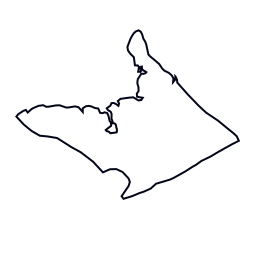 outline of Ngerkesowaol, Palau, rotated 138°
{"feature_id": "81905179B86075584623295", "entity_name": "Ngerkesowaol", "entity_type": "district", "adm_level": 2, "iso_a3": "PLW", "parent_name": "Palau", "parent_adm1": "", "projection": "albers", "projection_center": [134.492, 7.341], "detail": "fine", "context": "isolated", "style": "outline", "palette": "ink", "viewbox_px": 256, "rotation_deg": 138, "n_neighbors": 0, "source": "geoboundaries", "source_scale": "gbopen_adm2", "svg_char_len": 2171}
<svg xmlns="http://www.w3.org/2000/svg" viewBox="0 0 256 256"><g transform="rotate(138 128 128)"><path d="M54.2,44.3L52.7,49.1L53.2,54.1L54.5,62.0L56.1,72.9L59.7,87.3L60.6,97.7L61.1,112.8L61.0,128.8L59.4,130.9L58.3,134.3L58.3,134.7L60.3,132.4L63.8,131.9L61.1,134.4L60.3,137.6L60.7,141.5L62.6,146.3L62.8,149.3L62.0,154.6L63.0,162.4L63.6,166.0L63.7,168.9L58.6,177.8L57.5,180.5L56.8,184.1L54.8,188.2L54.1,191.2L54.8,193.5L57.8,194.6L60.3,194.5L63.5,193.7L66.7,192.5L74.1,188.7L76.1,185.7L76.6,181.8L76.3,176.7L80.9,169.9L78.9,167.9L79.0,166.0L82.8,163.0L81.4,161.6L80.5,161.6L79.4,162.5L79.1,164.3L77.6,164.9L76.6,164.4L77.9,162.7L78.2,160.7L77.4,158.9L77.0,157.2L77.9,157.0L79.2,157.4L80.2,157.8L81.1,158.8L81.7,159.5L88.0,157.7L89.6,156.5L91.3,154.7L92.9,151.3L95.4,148.4L98.5,147.6L100.3,145.2L98.5,142.7L96.8,140.6L99.4,139.9L101.8,141.5L103.5,147.2L106.7,149.7L114.1,154.7L117.6,154.8L118.2,152.2L120.3,150.9L120.9,153.9L122.0,156.3L123.6,157.5L126.2,156.4L130.6,156.9L130.9,154.7L130.0,151.7L130.8,149.4L133.9,146.1L134.3,145.5L134.6,144.3L135.4,142.8L136.0,141.6L135.0,140.5L134.7,138.9L135.5,137.5L136.2,136.4L137.3,134.2L138.8,132.7L139.4,132.4L141.0,133.4L142.8,134.7L144.6,135.9L144.7,138.2L146.0,139.9L145.9,141.4L141.0,141.1L139.3,140.9L138.4,141.5L137.0,143.8L136.9,145.5L134.1,150.7L133.5,153.1L134.8,155.2L137.0,156.1L138.6,157.9L137.1,162.4L139.3,165.1L140.8,168.6L142.5,170.8L144.9,172.4L148.5,172.9L150.9,170.2L150.9,174.6L150.9,176.6L152.9,179.5L159.0,183.4L160.4,184.8L163.6,190.6L166.4,193.0L172.8,197.0L174.5,198.4L175.8,201.7L179.6,204.3L184.7,206.1L187.2,206.6L192.2,206.6L191.8,209.8L194.5,210.8L197.1,211.2L200.5,211.7L203.3,211.2L203.3,209.9L203.1,200.1L201.6,190.2L198.7,181.3L193.4,175.5L187.4,168.0L182.9,151.8L179.4,141.7L178.2,135.5L176.5,126.2L176.3,111.8L169.0,109.4L164.2,105.3L161.5,99.0L161.3,90.2L161.6,89.5L162.7,86.7L164.5,85.6L166.4,84.5L175.0,82.4L178.4,81.6L178.7,78.4L170.3,74.5L163.1,72.0L159.1,70.2L151.7,67.8L144.4,67.8L131.4,61.6L127.3,60.3L122.4,59.2L114.5,57.4L111.0,56.8L105.9,56.0L102.0,55.1L95.5,54.4L85.5,51.5L79.3,50.3L70.6,48.4L63.2,46.7L60.7,46.1L54.2,44.3Z" fill="none" stroke="#020617" stroke-width="2"/></g></svg>